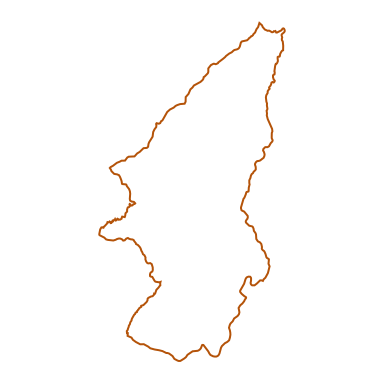 San Luis De Gaceno, Boyacá, Colombia (Robinson projection)
{"feature_id": "7082276B35644119435262", "entity_name": "San Luis De Gaceno", "entity_type": "district", "adm_level": 2, "iso_a3": "COL", "parent_name": "Colombia", "parent_adm1": "Boyacá", "projection": "robinson", "projection_center": [-73.117, 4.826], "detail": "fine", "context": "isolated", "style": "outline", "palette": "amber", "viewbox_px": 384, "rotation_deg": 0, "n_neighbors": 0, "source": "geoboundaries", "source_scale": "gbopen_adm2", "svg_char_len": 5997}
<svg xmlns="http://www.w3.org/2000/svg" viewBox="0 0 384 384"><path d="M283.5,28.4L282.6,28.6L281.4,30.3L277.1,32.5L276.2,32.5L275.4,31.0L274.6,31.3L273.9,31.2L273.5,31.8L272.6,32.2L271.9,32.2L269.6,30.8L268.9,30.6L267.7,30.8L264.8,29.5L262.7,27.0L262.0,25.3L259.4,23.0L258.1,27.1L256.5,29.2L255.1,32.5L253.3,34.3L253.0,35.1L252.2,35.9L251.1,36.3L250.4,37.3L249.3,37.9L248.4,39.1L247.0,40.3L242.0,41.4L240.9,42.5L239.8,46.6L239.0,48.0L238.3,48.7L236.9,49.4L234.4,50.0L233.4,50.7L231.7,52.3L229.3,53.5L226.0,56.0L225.2,57.0L223.2,58.7L218.2,62.5L218.1,63.0L217.6,63.4L215.8,64.2L213.9,63.7L213.0,64.0L210.9,65.1L208.3,68.4L208.3,72.0L207.8,73.3L204.7,76.5L203.7,77.1L203.4,78.7L202.6,80.0L200.5,81.9L193.9,85.5L192.5,87.5L190.4,89.4L188.5,93.9L185.7,97.1L185.6,101.7L184.6,103.7L180.1,104.1L177.2,105.1L175.6,105.9L173.7,107.6L170.0,109.5L167.2,112.0L162.6,120.1L162.2,120.6L161.1,121.2L160.2,123.1L158.9,123.7L156.6,123.2L156.1,124.0L156.4,125.1L156.2,127.1L154.5,129.3L153.2,132.0L152.6,136.7L149.1,142.3L148.5,143.9L148.1,146.7L147.7,147.2L146.8,147.9L143.5,148.2L139.7,151.9L137.2,153.4L134.5,156.4L128.7,156.7L127.3,157.5L125.0,160.6L121.5,160.7L119.7,161.7L116.9,162.8L113.1,165.7L110.6,167.1L109.8,168.0L110.9,169.6L111.5,171.2L114.2,173.9L117.2,174.4L119.0,175.2L120.0,176.9L121.1,179.6L121.6,181.2L122.0,183.8L122.7,184.1L125.9,184.4L126.3,184.7L126.9,186.2L129.1,189.1L129.9,191.3L130.2,193.7L129.8,198.9L130.1,200.6L131.5,201.5L133.9,201.9L135.2,203.3L134.7,203.9L133.3,204.3L132.5,205.3L131.7,205.6L131.0,205.4L130.3,204.3L129.7,204.0L129.5,204.5L129.8,206.3L129.0,207.1L128.0,207.3L127.7,207.6L127.1,209.5L127.1,211.6L125.5,213.3L125.2,215.8L124.7,217.1L122.2,216.6L121.8,217.4L121.6,218.7L119.9,219.7L119.0,219.5L118.4,219.7L117.9,218.9L117.5,218.7L116.9,219.3L116.3,219.6L116.3,220.3L115.8,220.5L115.1,219.1L114.8,219.7L114.2,219.8L113.5,220.8L112.9,220.4L112.5,220.6L112.4,221.9L111.5,222.0L111.3,223.0L110.7,223.1L110.1,222.0L109.6,221.5L108.6,222.4L107.5,222.1L107.0,223.6L104.3,226.5L103.7,226.8L103.5,227.7L103.2,227.8L102.2,227.3L101.4,227.4L100.2,229.4L99.3,233.9L99.3,234.8L99.8,235.3L104.3,237.6L106.1,239.4L107.9,239.9L113.3,240.5L115.6,239.8L117.1,239.0L119.0,238.5L120.4,238.6L122.1,239.4L123.2,240.6L124.7,240.3L126.3,238.6L127.9,238.0L129.1,238.8L130.7,239.3L132.6,239.5L133.7,240.1L134.2,241.1L135.8,243.1L136.0,244.0L137.9,245.0L139.6,246.8L140.6,248.4L141.4,250.8L142.2,252.1L143.0,254.2L144.4,255.2L145.5,257.4L145.4,259.3L146.1,261.4L146.9,262.6L147.6,263.2L148.5,263.4L150.2,263.1L151.7,264.1L152.7,267.3L152.8,270.0L152.3,271.5L150.9,272.4L150.4,273.0L150.0,274.3L150.0,276.0L150.5,276.5L152.3,276.9L154.5,280.7L155.2,281.5L156.0,281.8L159.2,282.3L160.5,281.9L160.2,283.0L160.3,285.4L159.8,285.8L158.5,287.6L156.4,289.8L155.1,293.6L154.7,293.9L154.1,293.7L154.0,294.7L152.6,296.2L151.0,296.5L148.3,297.9L147.6,298.8L147.5,300.4L146.6,302.0L143.4,305.1L141.2,305.8L141.2,306.9L139.3,308.1L138.5,309.5L138.1,309.7L137.8,310.4L137.0,311.2L136.9,312.1L135.6,312.6L135.0,314.1L134.2,314.7L132.3,318.0L131.7,319.3L131.5,320.6L130.3,322.3L129.8,324.4L128.9,325.6L128.7,326.9L127.9,328.8L127.8,329.7L126.8,331.1L127.0,333.2L127.8,333.2L127.6,335.9L131.5,337.6L132.9,339.8L135.9,342.0L140.2,344.3L143.8,344.2L148.2,346.6L150.3,348.3L154.7,349.5L158.9,350.2L162.5,351.1L166.3,353.0L167.4,353.0L169.0,353.5L172.5,356.0L174.4,358.9L177.6,360.6L178.9,361.0L180.4,360.9L184.1,358.6L185.9,357.2L187.5,354.8L192.6,351.3L197.6,350.8L198.6,350.4L199.7,349.6L200.8,348.4L202.1,345.1L202.7,344.9L203.4,345.0L203.9,345.6L208.3,351.4L209.3,353.4L210.5,355.0L213.2,356.3L215.0,356.6L216.6,356.5L217.9,355.8L218.7,355.0L219.5,353.4L221.0,347.8L221.9,346.1L224.9,343.2L227.3,341.9L229.1,340.3L229.9,337.7L230.4,334.8L230.3,332.7L229.9,330.4L229.0,327.8L229.7,325.2L230.5,323.5L232.7,321.3L234.1,318.5L237.6,316.0L238.9,314.3L239.4,312.4L239.3,311.6L238.6,308.0L239.9,305.8L240.7,304.9L242.3,303.6L244.1,301.3L244.9,299.6L245.9,298.3L246.1,297.7L245.9,297.1L244.4,296.2L241.6,293.8L240.2,292.0L240.1,291.3L240.2,290.6L244.1,283.8L245.5,279.2L246.1,278.1L246.7,277.4L247.7,276.9L248.8,276.6L250.3,276.8L251.0,277.9L251.1,279.0L251.0,280.9L250.6,282.9L250.9,284.1L251.5,284.9L252.1,285.3L254.6,285.3L256.8,283.6L260.1,280.4L261.7,280.4L262.9,280.9L263.6,279.4L265.4,277.7L267.9,273.1L269.6,266.3L268.5,263.8L268.9,259.5L268.7,259.0L266.8,257.8L266.4,257.2L265.5,254.0L264.6,251.9L264.1,251.1L262.7,250.1L261.9,249.0L261.8,248.2L262.0,247.1L261.3,244.0L259.9,242.3L257.9,241.4L256.3,239.0L256.0,234.3L255.4,232.9L253.9,230.9L253.5,228.5L252.7,226.8L252.1,226.4L249.2,225.7L246.1,222.7L245.8,222.0L245.8,221.2L246.7,219.5L247.4,218.8L247.8,217.3L247.7,215.9L244.2,211.6L242.0,210.6L241.5,210.2L241.0,208.4L241.0,207.4L243.5,198.8L244.4,197.7L245.8,194.3L246.2,192.7L246.6,192.0L248.4,191.5L248.6,191.0L248.8,187.5L249.6,184.4L249.3,183.1L249.3,180.3L250.4,178.0L250.9,175.7L251.7,174.1L252.9,173.2L253.6,171.8L255.3,170.2L255.8,169.3L255.7,166.9L255.0,164.7L255.1,163.6L256.0,162.1L257.2,161.1L258.9,160.9L260.1,160.5L263.6,157.8L264.4,155.9L264.6,154.2L263.9,151.9L263.1,150.6L263.3,149.1L264.9,147.4L265.5,147.1L267.6,147.1L269.0,146.3L270.7,143.2L272.2,141.6L272.6,140.7L272.6,140.1L271.8,138.4L271.7,137.4L271.8,133.0L272.4,131.3L272.1,128.9L267.7,119.0L266.8,115.4L267.0,113.5L266.6,110.7L267.3,109.5L267.4,108.5L266.9,105.5L267.0,103.4L266.4,101.7L265.9,97.4L266.3,95.2L267.6,93.1L267.7,91.2L268.4,90.1L269.6,88.8L269.2,88.1L269.1,87.4L270.5,85.7L271.1,84.4L271.5,82.6L272.5,82.0L273.7,82.5L274.4,81.8L274.7,81.1L274.7,80.6L273.7,79.5L273.0,77.2L273.0,75.5L273.5,74.7L274.4,74.5L274.6,74.1L274.7,72.1L274.4,71.3L275.1,66.2L275.5,64.5L275.8,63.9L276.3,64.0L277.2,62.9L277.9,61.0L277.6,58.1L277.7,57.0L278.4,56.6L279.5,56.6L279.8,56.2L280.2,53.9L281.1,52.1L282.1,50.7L283.1,50.3L283.2,45.7L282.8,41.8L282.7,41.3L282.0,40.4L281.8,39.0L282.2,37.4L281.6,35.4L281.7,34.5L282.0,34.1L284.2,32.2L284.7,31.2L284.7,30.2L284.1,28.8L283.5,28.4Z" fill="none" stroke="#b45309" stroke-width="2"/></svg>